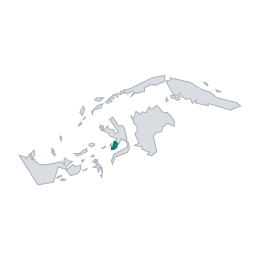 Banggai, Sulawesi Tengah, Indonesia (highlighted), rotated 147°
{"feature_id": "22746128B48169474795911", "entity_name": "Banggai", "entity_type": "district", "adm_level": 2, "iso_a3": "IDN", "parent_name": "Indonesia", "parent_adm1": "Sulawesi Tengah", "projection": "natural_earth1", "projection_center": [122.763, -1.049], "detail": "fine", "context": "in_parent", "style": "filled", "palette": "teal", "viewbox_px": 256, "rotation_deg": 147, "n_neighbors": 0, "source": "geoboundaries", "source_scale": "gbopen_adm2", "svg_char_len": 5682}
<svg xmlns="http://www.w3.org/2000/svg" viewBox="0 0 256 256"><g transform="rotate(147 128 128)"><path d="M88.4,104.3L92.5,110.5L98.6,109.7L101.7,106.8L107.1,108.5L111.2,107.4L116.7,92.6L123.3,91.8L126.4,95.3L123.1,95.7L127.8,102.7L126.5,104.3L132.0,109.9L127.0,109.3L125.4,119.4L121.6,120.8L119.4,124.8L120.8,127.6L119.3,132.1L112.1,137.7L110.4,132.6L107.5,133.8L104.3,131.0L98.9,134.3L98.1,130.8L91.4,131.2L90.1,122.1L86.7,119.5L85.2,113.3L85.9,107.1L88.4,104.3ZM21.5,85.2L32.3,87.1L46.0,103.4L47.7,104.7L48.5,103.0L57.7,112.1L55.4,114.0L60.7,113.6L59.6,118.3L63.9,120.8L66.2,126.5L65.3,129.2L68.7,128.0L71.8,131.9L70.5,146.6L65.3,145.0L65.1,147.0L51.0,132.3L45.0,119.7L39.6,113.3L37.0,105.1L23.1,90.1L21.5,85.2ZM234.5,129.3L234.2,164.4L229.8,159.4L230.3,157.9L224.6,159.6L225.5,156.1L224.0,154.3L224.5,154.0L225.4,154.2L226.0,154.0L223.3,152.6L224.5,152.2L222.1,145.8L217.2,141.9L201.9,135.8L201.3,131.7L199.2,136.2L196.9,137.1L196.2,133.0L192.6,130.2L200.6,129.3L201.7,126.5L194.1,127.3L192.4,123.6L188.0,122.9L189.2,119.8L194.5,117.1L201.9,119.2L202.9,127.6L207.8,133.4L219.8,123.2L234.5,129.3ZM159.6,109.8L154.3,113.5L139.5,112.3L137.7,113.7L137.1,118.2L139.9,122.6L144.1,119.7L152.8,119.4L143.1,125.3L147.5,130.9L147.3,134.7L150.2,138.9L144.2,140.9L144.3,137.3L140.9,134.2L141.7,130.0L139.8,129.6L138.0,131.1L138.8,145.3L134.7,145.5L135.0,136.9L134.3,134.1L131.5,133.5L131.1,129.9L134.5,120.1L136.0,119.8L135.5,115.7L138.0,110.0L141.8,108.0L155.1,110.6L160.6,106.1L159.6,109.8ZM72.0,147.1L82.5,149.1L84.1,151.8L92.3,152.7L94.2,149.8L102.1,152.5L104.3,156.5L110.8,157.2L110.7,160.5L111.7,162.5L105.5,159.9L80.6,156.9L68.2,152.1L72.0,147.1ZM172.8,110.6L177.3,106.7L175.3,111.2L178.3,114.0L173.5,113.6L176.0,120.0L172.6,116.5L171.4,109.0L174.2,103.3L172.8,110.6ZM175.0,130.6L186.0,132.1L187.1,136.0L182.6,133.1L176.5,133.8L174.7,132.2L173.6,134.0L175.0,130.6ZM149.7,161.6L141.6,163.4L135.9,162.1L139.7,159.6L147.6,161.7L150.4,158.9L149.7,161.6ZM126.4,159.1L131.8,159.9L132.8,161.9L121.9,163.8L123.6,160.3L127.4,162.3L128.6,161.5L126.4,159.1ZM159.7,163.4L159.9,167.3L153.7,170.8L154.0,167.1L159.7,163.4ZM71.7,124.2L73.2,128.5L75.4,129.1L74.7,131.8L71.5,130.4L70.5,127.0L67.5,126.2L69.0,123.7L71.7,124.2ZM222.9,159.8L218.8,160.4L220.9,156.0L224.1,155.1L225.1,156.7L222.9,159.8ZM136.9,165.8L139.4,167.6L140.6,169.7L138.0,170.4L132.0,166.5L136.9,165.8ZM168.7,131.8L170.5,134.8L167.9,135.8L165.0,133.6L165.1,131.9L168.7,131.8ZM111.1,159.2L116.9,160.5L114.3,162.9L111.1,159.2ZM120.1,159.4L121.0,163.1L117.6,162.6L120.1,159.4ZM81.9,129.7L79.1,132.5L79.3,129.0L81.9,129.7ZM204.6,144.5L205.3,149.1L204.0,149.4L202.9,146.0L204.6,144.5ZM109.2,152.7L104.8,154.2L103.0,153.3L109.2,152.7ZM151.6,139.7L151.6,144.0L149.1,145.7L150.1,140.1L151.6,139.7ZM30.0,107.5L33.9,109.9L33.4,112.2L30.0,107.5ZM39.7,124.8L38.1,123.9L37.4,120.4L38.6,120.3L39.7,124.8ZM189.4,158.3L188.6,156.6L190.9,153.6L190.8,156.3L189.4,158.3ZM185.1,115.6L189.6,116.8L184.5,116.3L185.1,115.6ZM157.4,124.1L161.5,125.3L157.0,125.2L157.4,124.1ZM149.6,141.8L147.4,143.9L149.4,140.1L149.6,141.8ZM208.5,118.7L210.9,119.1L213.1,121.1L210.9,121.5L208.5,118.7ZM168.4,156.5L166.9,158.1L163.8,158.3L164.6,156.5L168.4,156.5ZM204.4,149.9L203.4,152.1L202.3,152.0L202.5,148.6L204.4,149.9ZM174.8,124.1L172.0,124.5L171.2,123.8L172.4,122.4L174.8,124.1ZM208.9,123.8L212.3,124.1L215.5,124.9L212.4,125.4L208.9,123.8ZM150.3,121.6L153.1,123.0L150.2,123.8L150.3,121.6ZM177.0,103.2L175.1,102.8L176.9,101.2L177.0,103.2ZM157.2,160.6L160.3,159.3L160.7,160.1L157.2,160.6ZM185.0,124.3L184.5,126.2L182.2,125.3L183.3,124.7L185.0,124.3ZM119.6,135.5L118.4,136.8L119.4,132.7L119.6,135.5ZM172.0,116.9L173.5,119.6L172.9,120.0L170.8,117.9L172.0,116.9Z" fill="#d9dde1" stroke="#a8b0b8" stroke-width="1"/><path d="M146.4,123.9L146.5,123.9L146.8,123.9L147.1,123.9L147.2,123.7L147.3,123.7L147.5,123.5L147.6,123.4L147.8,123.4L147.9,123.2L148.0,123.1L148.1,122.9L148.3,122.8L148.3,122.7L148.3,122.8L148.4,122.7L148.5,122.5L148.6,122.4L148.8,122.1L148.7,122.1L148.9,121.9L149.0,121.9L149.0,121.7L149.2,121.4L149.3,121.3L149.4,121.2L149.5,121.1L149.6,120.9L149.8,120.6L149.8,120.4L149.9,120.2L150.0,120.2L150.3,120.2L150.7,120.1L150.8,120.0L150.9,119.9L150.9,120.0L151.0,119.9L150.9,119.9L150.9,120.0L151.0,120.0L151.1,119.9L151.2,119.7L151.4,119.8L151.5,120.0L151.4,120.0L151.5,120.0L151.4,120.1L151.4,120.3L151.5,120.3L151.7,120.5L151.9,120.6L152.0,120.8L152.3,120.8L152.5,120.6L152.5,120.4L152.5,120.2L152.6,119.9L152.8,119.7L152.8,119.3L152.8,119.2L152.7,119.2L152.8,119.1L152.7,119.1L152.6,118.9L152.7,118.7L152.4,118.6L152.2,118.5L152.0,118.3L151.9,118.3L151.7,118.3L151.4,118.3L151.2,118.3L151.0,118.2L151.0,118.3L150.9,118.4L150.9,118.5L150.9,118.4L150.8,118.5L150.7,118.5L150.4,118.5L150.2,118.6L149.9,118.6L149.7,118.8L149.7,119.0L149.8,119.0L150.0,119.0L150.3,119.2L150.5,119.2L150.6,119.3L150.5,119.2L150.4,119.3L150.2,119.3L149.9,119.4L149.5,119.6L149.3,119.6L149.2,119.5L149.2,119.4L148.9,119.4L148.6,119.4L148.4,119.3L148.2,119.3L147.9,119.4L147.7,119.4L147.5,119.5L147.5,119.4L147.5,119.5L147.4,119.4L147.3,119.5L147.2,119.4L147.1,119.5L147.0,119.4L147.0,119.6L146.9,119.5L146.8,119.8L146.8,120.1L146.7,120.3L146.4,120.3L146.2,120.2L146.1,120.3L145.9,120.4L145.9,120.5L145.7,120.5L145.6,120.4L145.4,120.4L145.4,120.5L145.5,120.8L145.5,121.0L145.8,121.1L145.8,121.3L145.9,121.2L146.0,121.2L146.1,121.3L146.2,121.2L146.3,121.3L146.4,121.5L146.5,121.7L146.5,121.8L146.5,122.2L146.3,122.4L146.3,122.5L146.2,122.4L146.2,122.5L146.3,122.7L146.3,122.8L146.3,123.0L146.2,123.0L146.3,123.2L146.2,123.4L146.2,123.7L146.4,123.9ZM148.9,117.8L148.6,117.8L148.7,118.0L148.8,117.9L149.0,117.9L148.9,117.8Z" fill="#14b8a6" stroke="#0f766e" stroke-width="1.5"/></g></svg>